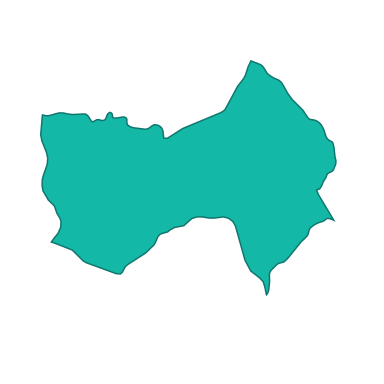 map outline of Canindeyú (Natural Earth projection), rotated 168°
{"feature_id": "PRY-619", "entity_name": "Canindeyú", "entity_type": "Department", "adm_level": 1, "iso_a3": "PRY", "parent_name": "Paraguay", "parent_adm1": "", "projection": "natural_earth1", "projection_center": [-55.27, -24.157], "detail": "fine", "context": "isolated", "style": "filled", "palette": "teal", "viewbox_px": 384, "rotation_deg": 168, "n_neighbors": 0, "source": "natural_earth", "source_scale": "10m", "svg_char_len": 2667}
<svg xmlns="http://www.w3.org/2000/svg" viewBox="0 0 384 384"><g transform="rotate(168 192 192)"><path d="M140.5,76.0L140.6,76.6L140.5,83.3L141.0,89.5L144.0,94.3L150.9,102.4L154.3,114.0L156.6,149.7L158.1,154.5L161.6,158.7L166.4,161.1L176.1,161.9L181.0,163.1L186.6,165.3L192.1,166.6L197.6,166.1L202.9,163.1L206.9,160.8L216.7,160.9L221.5,159.4L224.1,158.0L229.3,157.7L232.0,157.3L234.6,155.5L238.0,150.6L240.0,148.3L250.0,142.0L270.2,134.3L272.9,132.7L276.8,128.0L279.1,126.7L283.3,128.0L309.5,144.4L312.6,147.0L321.2,160.1L335.7,169.7L340.0,172.3L336.8,175.2L331.4,179.6L327.7,184.9L326.2,190.6L326.6,193.6L328.6,199.4L329.4,206.4L330.6,208.7L334.2,214.0L335.5,218.2L337.5,224.0L337.3,229.4L335.9,235.1L333.9,239.2L327.9,249.0L326.1,255.0L326.1,260.7L328.2,273.4L328.1,279.4L322.3,298.5L322.2,298.5L318.7,296.8L316.6,296.5L312.6,296.5L309.0,296.9L305.1,296.9L301.5,296.1L297.2,294.1L292.7,292.6L280.9,290.7L279.4,290.0L278.3,288.6L277.5,287.1L275.8,282.4L275.2,281.6L274.4,281.4L273.1,281.6L270.8,282.3L269.8,282.5L268.6,282.2L267.4,281.8L265.7,280.8L264.3,280.5L262.4,280.6L261.3,281.5L260.6,282.4L259.6,284.1L258.9,285.0L258.1,285.9L257.3,286.4L256.5,286.8L255.5,286.9L254.8,286.4L253.9,285.1L253.9,283.5L254.0,282.4L254.1,281.5L253.5,280.9L252.2,280.3L250.0,280.0L244.4,279.8L243.1,279.5L241.9,279.0L240.9,277.9L240.6,276.9L240.7,276.0L241.0,275.0L241.2,273.9L241.3,272.6L241.0,270.9L239.2,269.0L236.2,267.1L224.4,263.0L223.1,263.0L220.8,263.4L217.1,265.1L215.2,265.6L213.2,265.2L211.0,264.1L208.7,261.7L208.0,259.5L207.8,257.4L208.4,250.6L205.1,249.6L188.0,256.0L147.5,263.6L144.3,264.7L142.3,266.0L125.4,285.9L117.7,292.4L115.5,295.1L111.2,302.6L107.1,308.0L98.9,302.6L97.3,301.2L96.3,299.2L95.2,296.5L93.8,292.3L90.8,288.8L88.2,286.4L83.7,283.2L81.9,280.7L80.3,276.6L78.0,268.9L74.7,261.5L66.5,248.9L63.3,240.8L62.6,239.6L61.7,238.7L60.5,238.1L57.6,237.0L56.1,236.2L54.9,235.2L53.6,233.9L52.5,232.4L51.6,230.6L50.8,228.3L50.1,225.5L49.5,219.4L49.1,217.4L48.4,215.7L47.6,214.6L44.2,211.5L43.9,209.1L43.9,205.6L44.8,196.9L44.7,192.8L45.4,189.9L45.9,189.0L48.9,184.5L49.5,183.9L50.2,183.4L51.0,183.0L54.8,182.1L55.6,181.7L56.2,181.1L58.1,178.2L61.7,174.4L63.6,171.5L65.9,169.0L66.6,168.5L67.3,168.3L68.0,168.2L68.3,168.3L69.3,168.5L69.6,167.2L68.8,162.9L59.2,134.9L61.1,136.3L63.3,137.5L64.3,137.8L65.3,138.0L66.1,137.8L67.0,137.4L68.2,136.7L69.5,136.2L75.0,135.6L78.8,134.6L82.8,132.8L84.3,131.8L85.2,130.6L87.4,126.3L89.0,124.7L95.6,120.6L111.6,107.6L114.9,105.4L117.2,104.3L121.5,104.3L122.9,103.9L124.3,103.3L130.6,99.2L132.4,97.4L133.4,95.5L134.7,88.3L137.4,80.0L139.0,77.3L140.5,76.0L140.5,76.0Z" fill="#14b8a6" stroke="#0f766e" stroke-width="1.5"/></g></svg>